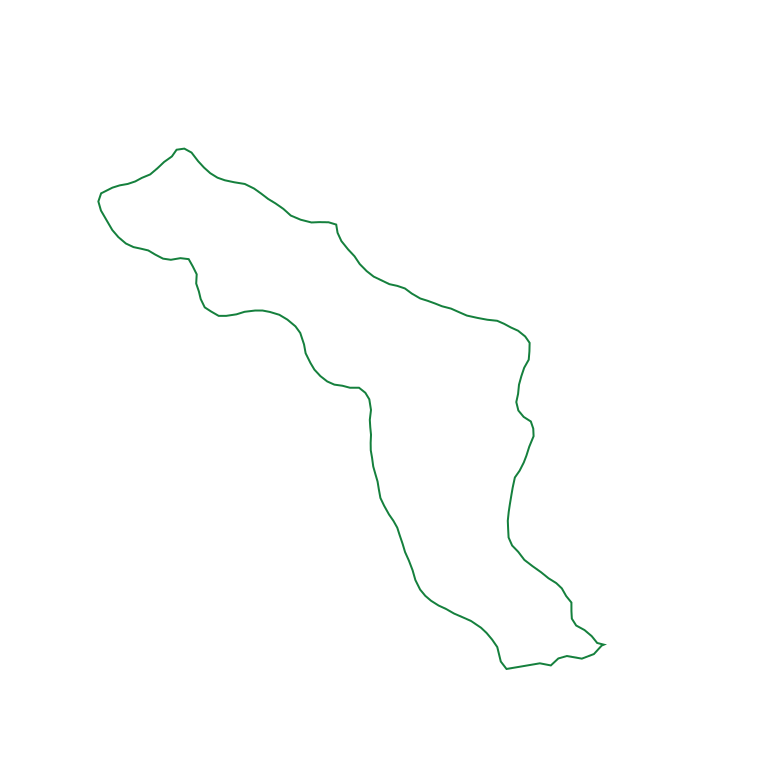 outline of III-3 Lower West Demerara, Essequibo Islands-West Demerara, Guyana, rotated 132°
{"feature_id": "73187651B37275521975426", "entity_name": "III-3 Lower West Demerara", "entity_type": "district", "adm_level": 2, "iso_a3": "GUY", "parent_name": "Guyana", "parent_adm1": "Essequibo Islands-West Demerara", "projection": "mercator", "projection_center": [-58.314, 6.498], "detail": "fine", "context": "isolated", "style": "outline", "palette": "green", "viewbox_px": 768, "rotation_deg": 132, "n_neighbors": 0, "source": "geoboundaries", "source_scale": "gbopen_adm2", "svg_char_len": 2417}
<svg xmlns="http://www.w3.org/2000/svg" viewBox="0 0 768 768"><g transform="rotate(132 384 384)"><path d="M431.6,721.8L439.5,718.4L444.5,710.4L448.2,698.9L451.4,688.9L452.6,679.6L452.3,669.8L449.9,661.8L446.1,655.2L442.5,648.6L440.9,640.6L438.7,632.1L434.3,625.5L426.7,619.5L421.9,612.7L424.6,604.7L427.8,596.6L435.0,590.8L439.1,583.5L443.5,577.1L447.0,568.5L445.8,560.9L444.0,552.5L439.0,546.9L431.0,540.3L423.6,535.9L415.6,528.9L410.6,523.3L406.8,517.0L402.6,508.1L400.8,498.9L400.4,488.4L402.1,480.4L408.1,469.9L413.6,462.8L417.6,452.7L419.9,445.3L420.7,436.5L420.1,427.9L417.7,420.5L413.1,413.7L409.5,406.7L403.5,400.1L403.0,392.0L405.2,384.7L412.0,376.3L420.1,370.6L425.3,365.3L430.4,359.7L436.6,354.6L442.1,349.5L446.9,343.4L452.5,336.8L456.6,330.3L460.8,323.5L465.7,317.4L471.1,310.4L474.4,302.4L477.6,293.0L479.4,285.4L481.9,278.0L485.7,271.5L490.4,263.1L494.8,255.9L498.6,247.3L503.3,238.1L508.7,229.5L512.6,219.6L513.8,211.6L513.6,204.0L512.1,195.2L509.7,187.5L507.7,178.3L504.3,168.2L501.9,160.8L500.2,148.8L500.4,141.0L501.6,132.6L503.7,123.8L512.1,111.5L513.8,102.3L503.5,94.1L487.3,81.3L481.5,71.7L471.3,70.8L463.8,66.1L455.7,53.2L444.2,47.3L432.7,47.2L430.6,46.2L431.5,47.9L433.8,52.3L432.4,60.9L432.7,70.4L434.9,79.6L432.7,87.4L427.4,92.7L421.0,98.5L419.7,106.7L416.9,115.1L416.7,122.7L418.3,131.8L418.8,141.4L420.0,151.7L420.8,162.0L418.9,172.0L418.3,180.7L414.7,188.7L408.6,194.8L402.8,200.5L395.5,205.8L389.3,209.9L381.0,215.2L374.8,219.1L365.9,224.2L357.7,225.2L348.8,227.6L342.0,230.2L333.4,234.1L322.7,237.9L317.3,243.2L313.6,249.8L315.0,258.2L313.8,266.4L308.9,273.6L301.7,277.7L294.2,283.2L286.2,287.2L278.1,290.7L269.1,292.7L262.4,297.8L256.0,303.3L254.2,310.9L254.7,320.0L257.1,327.6L258.9,335.0L261.3,342.2L267.1,350.2L272.3,358.7L277.7,368.2L280.3,376.0L283.1,384.6L287.4,392.9L290.0,399.9L293.0,407.3L296.2,414.3L298.2,423.9L299.0,432.4L302.2,439.8L306.2,446.8L308.3,454.0L311.1,463.5L311.7,472.3L311.1,482.3L308.8,491.4L308.0,500.8L306.3,511.3L302.7,519.7L297.5,526.2L300.9,533.4L307.1,540.5L312.5,546.0L317.7,555.9L321.2,566.0L321.2,575.9L322.4,585.5L324.0,593.9L324.7,602.8L325.7,611.4L328.5,621.3L334.3,630.3L339.1,638.6L342.1,645.8L343.6,654.2L343.6,662.6L342.8,671.2L340.8,681.9L342.7,689.9L348.7,694.9L356.8,693.9L366.2,696.0L375.1,696.7L384.7,698.0L392.9,701.9L399.9,704.4L406.8,708.3L413.2,713.3L419.8,717.2L431.6,721.8Z" fill="none" stroke="#15803d" stroke-width="2"/></g></svg>